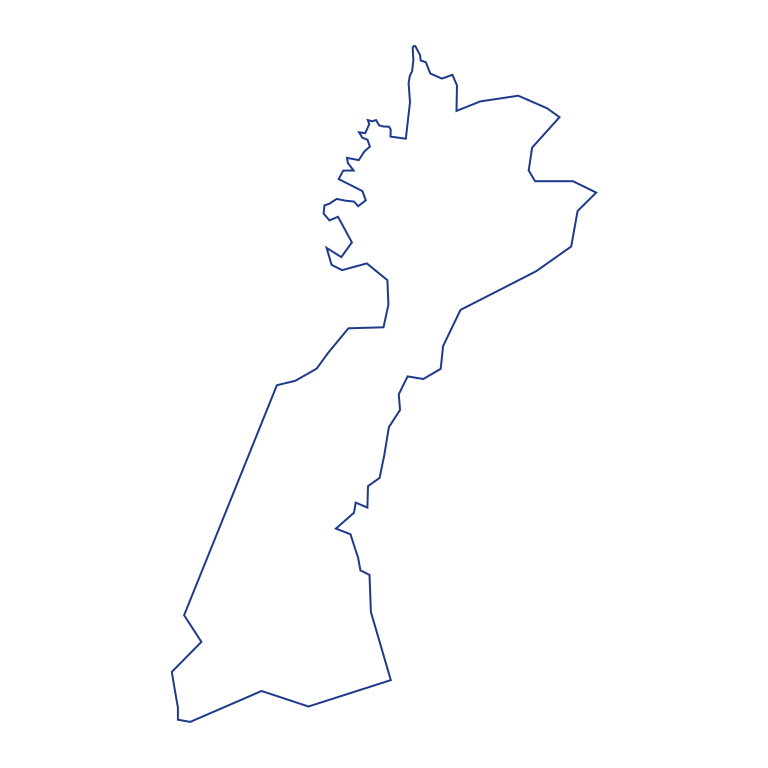 the district of Agios Ioannis Selemani, Nicosia, Cyprus
{"feature_id": "46923920B8865059682023", "entity_name": "Agios Ioannis Selemani", "entity_type": "district", "adm_level": 2, "iso_a3": "CYP", "parent_name": "Cyprus", "parent_adm1": "Nicosia", "projection": "equal_earth", "projection_center": [32.7, 35.14], "detail": "fine", "context": "isolated", "style": "outline", "palette": "blue", "viewbox_px": 768, "rotation_deg": 0, "n_neighbors": 0, "source": "geoboundaries", "source_scale": "gbopen_adm2", "svg_char_len": 1408}
<svg xmlns="http://www.w3.org/2000/svg" viewBox="0 0 768 768"><path d="M596.2,192.6L572.9,181.2L535.1,181.2L528.7,170.5L532.1,147.6L559.5,117.2L547.3,108.4L518.2,95.7L480.3,101.4L456.5,110.9L457.0,85.5L452.4,74.8L441.9,78.6L430.3,73.5L425.8,62.2L420.7,60.5L420.1,55.2L415.3,46.1L413.6,46.2L412.7,47.8L413.4,60.0L412.1,71.3L409.8,75.9L408.6,83.1L410.0,102.2L405.8,138.7L390.5,136.6L390.7,129.5L389.0,126.7L383.3,126.5L379.2,125.4L376.0,120.0L372.7,121.3L367.8,120.1L369.3,124.1L365.2,133.2L359.1,132.3L362.3,137.7L367.5,139.8L369.9,146.7L364.4,151.4L358.8,160.1L347.0,157.9L347.9,163.1L353.6,170.5L343.2,170.6L338.7,179.1L362.4,191.1L365.8,200.3L358.2,206.2L354.0,201.6L345.5,200.7L336.7,198.9L329.1,203.9L324.5,205.3L323.6,213.6L329.5,220.4L338.0,216.8L351.9,242.4L341.3,257.1L326.6,247.9L331.6,264.9L342.1,270.1L366.8,263.4L387.4,280.2L388.4,304.8L383.5,327.3L348.4,328.3L328.0,353.0L316.7,368.6L295.3,380.8L276.9,385.2L184.1,615.2L201.4,641.9L171.8,671.9L172.8,677.8L173.8,684.1L177.9,707.5L177.9,719.7L190.2,721.9L261.5,691.0L308.4,706.5L390.8,680.1L370.9,612.0L369.5,574.9L360.4,570.4L358.1,557.7L355.0,548.4L350.5,534.3L335.9,528.6L354.0,512.7L355.7,502.6L367.4,507.6L368.0,486.1L379.6,477.9L384.3,455.0L388.9,427.1L400.0,410.0L398.8,394.2L407.6,376.4L423.3,379.0L440.7,368.8L443.1,346.0L460.5,309.9L536.2,271.2L571.2,246.5L577.6,211.0L596.2,192.6Z" fill="none" stroke="#1e3a8a" stroke-width="2"/></svg>